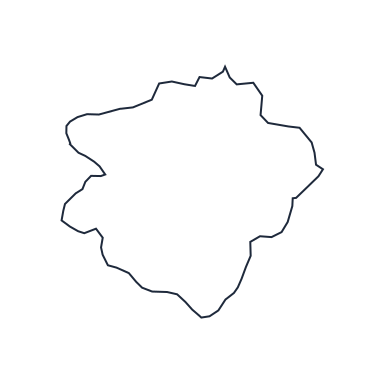 the district of Ulricehamn, Västra Götaland, Sweden, rotated 243°
{"feature_id": "70781695B39673713776629", "entity_name": "Ulricehamn", "entity_type": "district", "adm_level": 2, "iso_a3": "SWE", "parent_name": "Sweden", "parent_adm1": "Västra Götaland", "projection": "albers", "projection_center": [13.518, 57.833], "detail": "fine", "context": "isolated", "style": "outline", "palette": "slate", "viewbox_px": 384, "rotation_deg": 243, "n_neighbors": 0, "source": "geoboundaries", "source_scale": "gbopen_adm2", "svg_char_len": 1196}
<svg xmlns="http://www.w3.org/2000/svg" viewBox="0 0 384 384"><g transform="rotate(243 192 192)"><path d="M290.1,104.9L278.5,108.7L272.6,113.3L263.4,118.6L256.8,121.3L247.0,122.6L247.6,118.0L252.2,109.4L249.5,101.6L244.3,95.7L243.6,87.8L239.0,73.4L233.7,68.8L225.9,62.9L216.7,67.5L208.8,72.7L204.2,77.3L202.9,89.8L191.8,91.7L183.9,85.8L176.7,83.9L166.1,83.8L164.9,83.8L158.9,90.4L148.4,98.9L137.2,101.5L129.4,104.1L121.4,111.3L114.2,124.4L107.6,132.3L97.0,136.2L87.1,138.8L78.3,142.4L75.9,143.3L73.3,151.2L74.5,161.7L81.0,173.0L83.0,183.5L86.2,189.5L92.1,196.7L100.7,206.0L108.5,215.3L121.1,221.3L121.7,232.5L115.7,242.4L115.6,253.6L121.8,263.6L133.9,275.0L140.7,278.9L139.5,282.1L143.5,295.2L148.6,311.8L152.8,319.0L160.0,314.9L171.4,319.0L181.8,321.1L200.4,317.0L206.6,307.7L212.8,299.4L219.0,291.1L229.4,288.0L237.7,293.2L245.9,298.3L261.5,296.2L267.6,280.7L276.9,277.6L288.6,278.3L285.2,274.2L284.0,261.4L291.0,250.9L285.1,242.8L291.5,234.1L299.6,224.2L303.6,212.0L292.5,198.1L294.2,177.8L298.2,167.1L298.8,165.7L300.5,157.6L303.3,144.2L309.0,133.8L310.7,124.0L310.1,115.3L307.8,110.1L301.4,106.7L294.5,106.1L290.5,105.6L290.1,104.9Z" fill="none" stroke="#1e293b" stroke-width="2"/></g></svg>